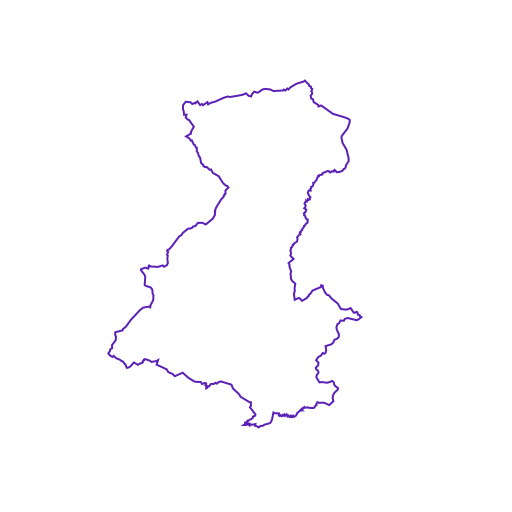 Tak Fa, Nakhon Sawan, Thailand (Robinson projection), rotated 38°
{"feature_id": "78962969B50011174142217", "entity_name": "Tak Fa", "entity_type": "district", "adm_level": 2, "iso_a3": "THA", "parent_name": "Thailand", "parent_adm1": "Nakhon Sawan", "projection": "robinson", "projection_center": [100.501, 15.388], "detail": "fine", "context": "isolated", "style": "outline", "palette": "violet", "viewbox_px": 512, "rotation_deg": 38, "n_neighbors": 0, "source": "geoboundaries", "source_scale": "gbopen_adm2", "svg_char_len": 6141}
<svg xmlns="http://www.w3.org/2000/svg" viewBox="0 0 512 512"><g transform="rotate(38 256 256)"><path d="M402.0,309.6L398.4,309.7L396.5,309.0L395.0,307.6L392.8,307.6L391.5,310.3L390.0,312.1L385.1,315.1L384.1,316.4L383.4,316.4L378.1,314.3L377.1,312.2L377.2,309.9L376.8,309.1L375.5,308.3L372.9,308.1L371.8,307.1L372.3,303.9L370.8,301.5L367.5,301.1L367.3,297.2L368.5,294.5L368.3,291.4L370.1,290.9L370.5,289.8L369.3,287.0L366.3,284.2L369.8,279.1L370.2,276.6L369.4,274.0L370.9,270.9L371.1,268.9L369.5,266.6L365.0,264.3L363.1,262.4L362.1,259.3L362.9,257.8L362.3,254.7L365.1,253.0L364.7,251.0L366.3,248.5L374.7,244.7L375.6,243.3L376.7,239.3L374.7,239.4L374.0,238.8L372.2,239.5L370.6,237.9L369.5,238.2L368.6,240.1L367.9,240.5L362.7,238.8L360.2,242.7L355.5,245.5L349.6,243.1L341.8,243.0L337.6,242.1L335.8,242.9L332.6,242.1L328.4,240.0L326.8,238.3L325.4,239.1L326.2,239.9L326.1,240.7L321.8,248.5L322.1,252.1L321.5,254.0L322.2,254.9L321.7,256.5L322.1,257.4L319.9,263.0L316.5,262.4L315.4,262.9L313.5,266.7L309.0,262.3L308.3,259.9L306.2,257.6L304.0,253.6L299.9,253.4L297.8,252.6L294.1,248.6L293.2,246.5L288.8,243.7L288.3,242.6L286.0,241.5L287.4,235.2L282.9,234.6L281.9,232.1L279.7,230.5L279.3,228.9L278.5,228.3L278.9,226.4L278.0,224.6L278.6,224.3L278.3,222.5L279.4,219.3L278.3,217.0L276.9,216.0L277.0,213.0L277.6,211.6L276.5,211.3L276.2,210.6L276.5,209.8L276.1,209.6L276.5,208.9L276.0,207.8L276.4,207.0L275.9,206.3L275.9,203.8L275.3,202.9L275.8,202.1L275.5,200.3L276.1,198.0L274.3,195.4L273.6,195.9L271.7,195.5L270.3,194.2L268.9,194.3L268.3,193.2L267.5,193.0L267.5,192.1L267.9,192.1L267.7,189.6L267.1,188.6L264.6,188.7L264.6,186.7L263.9,185.5L262.0,184.9L261.8,184.2L261.6,182.9L262.2,182.2L261.6,181.6L262.4,181.6L262.0,180.9L262.6,180.2L261.9,179.3L263.1,179.0L263.6,178.3L262.8,177.6L262.8,176.2L260.4,175.7L257.8,174.1L257.2,172.0L258.8,170.7L257.6,169.8L257.7,168.6L256.9,167.7L257.7,166.2L257.1,164.2L256.1,163.2L256.7,162.5L256.9,159.0L255.9,156.2L256.5,154.8L255.7,154.5L255.8,153.8L258.1,150.9L257.5,150.3L257.6,149.1L259.1,147.1L259.6,145.5L261.1,144.3L262.4,144.7L263.3,144.3L263.4,142.8L265.2,141.6L264.7,141.1L264.9,139.8L268.1,140.2L269.7,138.8L271.7,135.6L271.5,133.6L272.2,132.5L271.9,130.4L271.1,129.5L270.6,124.3L268.8,121.9L261.9,116.5L254.6,113.6L250.5,110.2L249.7,108.6L249.6,99.2L247.6,93.2L246.3,91.2L244.5,91.0L239.8,92.4L229.2,96.6L214.6,97.3L213.2,99.7L211.9,98.6L206.7,99.2L204.3,97.4L202.6,97.9L200.3,96.0L200.4,93.9L199.7,92.6L198.2,92.2L197.6,89.8L196.3,89.9L195.0,88.7L193.4,89.3L192.3,88.4L186.5,87.7L186.2,89.1L181.8,95.4L179.2,102.1L179.1,104.8L177.5,104.8L177.3,107.5L175.5,107.7L175.5,108.8L168.3,115.2L164.4,116.1L159.9,119.0L158.7,120.6L157.1,125.7L156.1,126.7L153.4,127.5L153.2,130.8L153.9,133.3L151.6,134.3L147.9,134.0L146.2,137.2L141.8,142.2L137.5,146.8L135.7,147.6L133.4,150.7L128.9,159.3L126.1,163.1L124.9,166.0L123.0,164.6L121.4,169.8L119.8,169.5L119.1,171.5L114.7,170.2L114.2,173.0L113.6,172.8L112.2,175.5L109.8,175.2L105.7,177.6L105.6,182.0L108.2,185.4L109.9,186.4L112.4,189.0L114.2,187.4L115.4,190.2L118.5,190.5L119.3,190.0L127.4,192.4L128.4,198.5L129.4,199.5L127.3,204.8L130.9,204.4L133.7,205.2L134.2,204.4L138.3,206.5L139.4,206.2L141.9,207.4L142.9,207.2L144.8,209.9L147.0,210.6L149.7,212.7L151.1,212.7L155.6,216.6L158.3,216.6L159.2,217.6L161.2,217.3L162.1,216.2L166.5,216.6L167.3,215.5L170.8,217.1L177.6,216.1L184.9,218.8L188.7,219.1L190.3,218.4L192.1,219.0L191.6,223.2L193.6,225.7L193.1,226.5L193.7,227.4L193.4,228.5L194.0,229.2L193.7,233.2L194.9,243.1L196.1,246.3L196.8,246.4L197.4,247.9L198.3,248.7L199.0,253.1L197.0,262.1L193.4,262.8L189.8,265.7L189.8,269.8L188.2,271.6L188.3,273.1L187.6,274.5L185.6,276.3L184.1,282.9L184.4,285.4L183.4,287.8L183.7,300.7L183.4,304.3L182.5,305.8L182.9,306.8L184.3,306.9L185.1,309.8L186.3,310.1L187.7,312.6L190.9,315.8L191.4,318.1L190.1,321.1L188.2,320.9L185.5,324.9L179.5,329.1L177.6,329.2L177.5,330.0L178.7,331.3L178.7,332.5L176.0,333.3L173.6,337.0L174.0,338.0L179.6,339.4L181.5,340.5L186.1,347.4L187.4,347.4L192.5,345.6L195.1,346.4L197.8,349.4L199.3,350.0L202.2,354.1L203.2,359.7L204.2,361.6L202.9,361.7L198.8,366.2L197.9,370.0L196.7,383.0L197.0,392.1L196.1,395.4L196.6,396.8L192.1,402.6L193.3,404.6L195.3,405.8L197.3,408.7L197.4,414.9L199.4,417.2L198.6,419.4L199.5,421.0L199.6,423.7L202.6,424.3L205.2,423.8L205.4,422.3L209.0,422.6L212.7,421.5L215.0,421.6L216.1,421.0L219.5,422.1L219.9,421.8L223.0,423.7L224.5,421.9L225.0,420.2L225.3,415.1L230.0,414.4L230.6,412.4L232.1,410.5L232.2,409.2L231.5,408.7L232.0,407.2L231.4,406.7L232.1,405.5L236.2,404.0L238.9,403.8L242.0,400.3L242.9,398.3L244.6,402.8L255.4,400.3L258.4,401.5L262.9,400.3L266.0,400.7L270.1,393.1L277.2,393.6L284.4,392.9L286.9,391.7L290.0,389.2L292.4,390.1L293.8,387.5L295.2,387.1L295.9,388.2L295.7,388.8L297.3,388.6L298.1,389.3L297.5,390.0L298.1,390.7L298.2,389.9L298.8,389.8L298.6,388.0L299.4,387.3L299.1,385.1L299.6,384.2L301.5,382.9L302.1,380.9L303.8,380.6L304.1,378.5L305.5,376.5L315.8,372.5L319.5,374.6L327.5,375.3L330.6,376.4L340.8,375.2L342.0,374.4L344.2,377.1L344.3,378.9L353.2,381.2L353.6,382.6L352.4,384.4L353.1,385.2L352.7,387.5L351.7,389.0L351.4,390.6L350.7,390.9L351.0,392.1L350.0,394.1L350.9,395.1L350.4,396.7L352.2,395.3L352.3,394.7L351.8,394.5L352.7,394.2L352.5,392.9L353.9,392.1L354.5,393.5L355.6,393.5L355.8,391.8L357.0,391.2L359.0,388.8L359.8,390.4L362.1,389.4L363.2,389.7L363.8,389.3L364.1,387.2L365.9,385.6L366.5,383.7L369.8,379.3L370.0,378.0L369.3,375.0L366.1,368.6L368.1,368.1L370.9,365.9L372.0,367.4L372.6,366.6L373.2,367.3L373.8,366.5L374.6,366.6L374.7,364.9L375.6,363.7L376.1,364.8L376.7,364.0L377.3,364.2L377.5,362.4L378.0,363.0L378.8,361.9L379.7,362.9L380.0,362.0L381.4,362.3L381.5,360.4L383.1,360.4L383.1,361.1L383.7,360.8L383.5,359.0L384.9,359.4L385.7,357.4L385.7,356.1L385.1,355.0L385.9,350.8L386.4,350.3L386.0,349.9L386.7,349.5L386.2,349.5L386.1,348.7L386.9,348.0L386.3,347.5L387.0,346.4L387.0,345.3L387.9,345.6L389.9,343.4L390.4,343.5L394.3,341.0L395.3,339.6L395.0,336.9L395.4,336.3L394.9,336.1L394.3,333.5L396.0,332.9L400.0,329.7L405.5,328.4L406.4,322.8L403.7,320.7L402.4,318.0L402.0,315.6L402.7,310.9L402.0,309.6Z" fill="none" stroke="#5b21b6" stroke-width="2"/></g></svg>